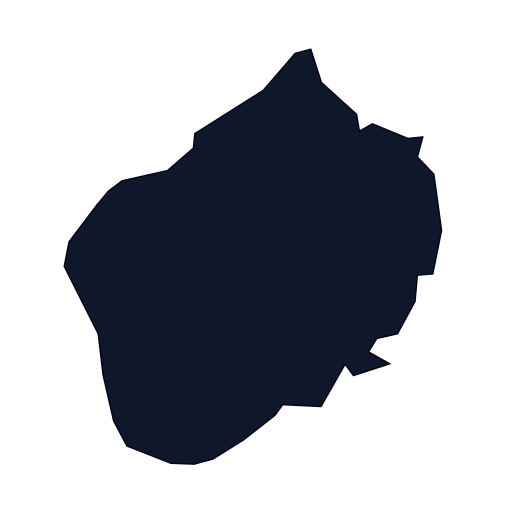 outline of Jackson, Kentucky, United States of America, rotated 259°
{"feature_id": "52423323B42512235988752", "entity_name": "Jackson", "entity_type": "district", "adm_level": 2, "iso_a3": "USA", "parent_name": "United States of America", "parent_adm1": "Kentucky", "projection": "albers", "projection_center": [-84.011, 37.416], "detail": "fine", "context": "isolated", "style": "filled", "palette": "ink", "viewbox_px": 512, "rotation_deg": 259, "n_neighbors": 0, "source": "geoboundaries", "source_scale": "gbopen_adm2", "svg_char_len": 649}
<svg xmlns="http://www.w3.org/2000/svg" viewBox="0 0 512 512"><g transform="rotate(259 256 256)"><path d="M168.4,83.2L121.3,84.8L94.1,93.1L68.8,132.9L63.5,155.7L65.0,175.1L78.0,208.9L96.0,244.1L105.0,253.8L95.9,291.1L132.8,322.8L120.1,328.8L124.7,366.6L140.4,348.1L152.0,358.8L152.7,380.1L181.0,403.4L206.4,410.7L204.7,426.1L245.7,443.0L302.3,446.2L322.4,433.3L341.0,442.4L342.4,427.5L363.5,395.5L358.8,381.3L375.9,381.7L413.8,353.3L448.5,349.2L447.4,333.1L417.2,294.7L387.8,219.3L373.9,215.2L356.7,185.4L355.4,139.0L347.9,123.6L336.9,110.1L305.6,75.2L282.4,65.8L209.7,86.3L168.4,83.2Z" fill="#0f172a" stroke="#020617" stroke-width="1.5"/></g></svg>